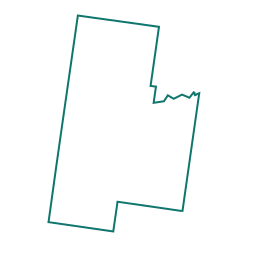 outline of Garvin, Oklahoma, United States of America, rotated 278°
{"feature_id": "52423323B22707808091897", "entity_name": "Garvin", "entity_type": "district", "adm_level": 2, "iso_a3": "USA", "parent_name": "United States of America", "parent_adm1": "Oklahoma", "projection": "equal_earth", "projection_center": [-97.251, 34.681], "detail": "fine", "context": "isolated", "style": "outline", "palette": "teal", "viewbox_px": 256, "rotation_deg": 278, "n_neighbors": 0, "source": "geoboundaries", "source_scale": "gbopen_adm2", "svg_char_len": 512}
<svg xmlns="http://www.w3.org/2000/svg" viewBox="0 0 256 256"><g transform="rotate(278 128 128)"><path d="M232.4,62.7L132.0,62.4L78.7,62.3L23.7,62.4L23.5,127.8L53.5,127.9L53.5,129.2L53.4,171.6L53.3,192.1L53.5,193.5L113.3,193.6L172.4,193.7L171.1,191.5L170.6,191.1L169.8,189.8L170.2,189.4L171.3,189.2L172.3,188.8L172.5,188.1L166.5,184.6L168.6,176.9L163.3,169.2L165.9,162.9L159.5,159.9L156.5,149.9L172.9,149.9L172.8,144.5L232.5,144.6L232.4,78.9L232.4,62.7Z" fill="none" stroke="#0f766e" stroke-width="2"/></g></svg>